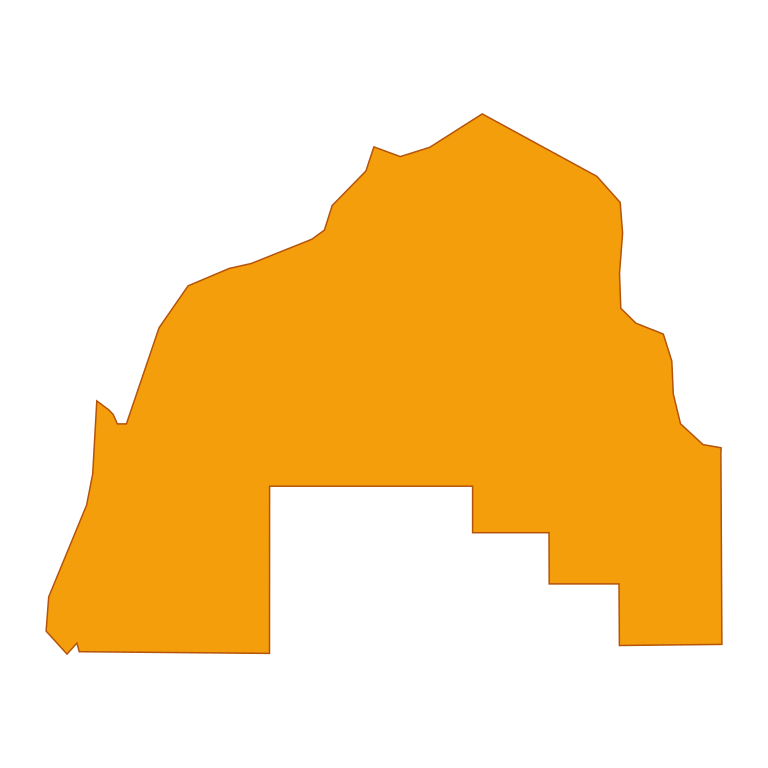 the border of Madinat ach Shamal
{"feature_id": "QAT-1106", "entity_name": "Madinat ach Shamal", "entity_type": "Municipality", "adm_level": 1, "iso_a3": "QAT", "parent_name": "Qatar", "parent_adm1": "", "projection": "orthographic", "projection_center": [51.179, 25.992], "detail": "fine", "context": "isolated", "style": "filled", "palette": "amber", "viewbox_px": 768, "rotation_deg": 0, "n_neighbors": 0, "source": "natural_earth", "source_scale": "10m", "svg_char_len": 698}
<svg xmlns="http://www.w3.org/2000/svg" viewBox="0 0 768 768"><path d="M79.3,651.8L76.9,643.1L67.0,654.1L46.1,631.1L48.7,596.9L86.6,505.1L92.7,473.9L96.8,400.9L108.8,409.9L113.2,414.5L117.4,423.9L126.4,423.9L159.1,327.7L188.1,285.8L229.3,268.4L251.2,263.5L311.9,239.2L324.4,230.1L332.2,205.5L365.9,171.0L373.9,146.9L400.2,156.6L429.7,147.3L482.2,113.9L596.9,176.4L620.2,202.5L622.6,233.4L619.5,273.5L620.8,308.3L635.9,323.2L663.3,334.1L671.8,361.0L673.3,394.0L680.5,423.8L703.0,444.6L721.1,447.8L720.9,454.2L721.9,644.4L619.4,645.5L619.0,583.9L549.2,583.9L549.0,532.7L472.6,532.7L472.6,486.2L269.6,486.2L269.5,653.4L79.6,651.7L79.3,651.8Z" fill="#f59e0b" stroke="#b45309" stroke-width="1.5"/></svg>